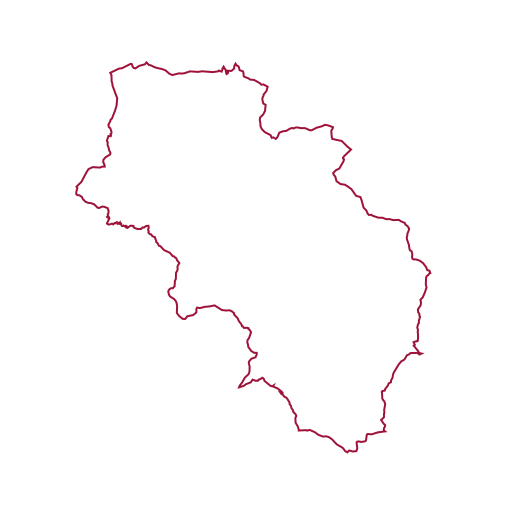 the district of Vama Buzaului, Brasov, Romania, rotated 353°
{"feature_id": "2599482B50417013546573", "entity_name": "Vama Buzaului", "entity_type": "district", "adm_level": 2, "iso_a3": "ROU", "parent_name": "Romania", "parent_adm1": "Brasov", "projection": "albers", "projection_center": [25.997, 45.566], "detail": "fine", "context": "isolated", "style": "outline", "palette": "rose", "viewbox_px": 512, "rotation_deg": 353, "n_neighbors": 0, "source": "geoboundaries", "source_scale": "gbopen_adm2", "svg_char_len": 6073}
<svg xmlns="http://www.w3.org/2000/svg" viewBox="0 0 512 512"><g transform="rotate(353 256 256)"><path d="M374.6,397.7L374.8,396.1L376.7,393.4L377.5,390.5L378.6,388.4L384.6,380.8L387.7,378.0L389.5,377.5L391.0,376.5L393.7,372.9L395.9,372.3L397.4,371.2L404.4,371.8L406.2,373.7L408.4,373.0L405.9,372.1L405.5,370.3L401.6,364.2L402.8,363.5L401.9,360.7L404.5,360.1L405.2,360.4L406.3,359.9L406.2,359.3L406.8,357.7L407.3,353.1L407.2,351.1L407.8,349.3L407.3,346.7L408.5,343.5L409.5,342.4L409.7,340.3L411.4,336.3L410.9,335.2L411.1,333.2L410.1,331.6L410.2,328.7L413.2,325.2L413.8,323.9L414.1,321.3L413.8,319.6L416.5,317.3L419.1,312.9L421.4,308.1L421.1,304.7L422.2,298.2L423.0,296.7L424.7,295.9L426.0,294.4L426.9,294.2L426.4,291.7L424.3,290.9L423.5,287.8L421.0,283.5L418.1,280.7L414.4,278.9L411.7,278.5L411.0,277.8L410.7,276.2L411.3,273.9L411.3,272.1L410.9,270.1L409.6,269.1L409.2,268.0L409.1,263.4L407.9,258.1L407.9,255.7L408.7,254.1L408.9,252.5L410.9,248.9L411.3,247.4L410.0,244.8L408.2,243.1L407.7,241.3L404.0,239.2L402.3,237.6L396.5,237.1L393.0,235.6L389.9,235.4L386.1,233.4L382.2,232.9L376.7,230.3L375.5,229.2L373.0,229.0L371.9,227.3L371.1,224.3L368.7,221.2L367.6,213.6L366.8,210.2L362.7,208.5L358.8,201.2L355.1,197.8L352.8,196.0L348.6,194.9L345.0,191.5L344.4,186.9L342.9,184.6L342.7,183.1L345.6,180.7L349.4,179.3L354.5,172.5L355.1,170.7L354.2,169.7L354.4,169.0L355.6,167.7L363.3,161.9L360.1,158.6L355.1,152.3L346.0,149.1L345.7,147.1L345.9,141.7L346.2,140.5L347.6,138.9L348.1,137.5L342.9,134.9L340.1,134.2L337.7,135.2L331.6,136.1L326.9,137.9L325.1,137.9L320.3,135.1L315.9,134.5L313.1,133.5L310.9,133.3L308.8,134.0L307.8,133.3L305.0,133.8L301.3,135.5L297.9,135.5L294.2,136.4L291.7,140.7L289.9,142.2L287.7,140.4L286.0,140.6L285.2,137.8L279.8,134.1L277.3,130.8L276.3,128.1L276.5,124.6L276.3,121.4L277.0,119.0L280.4,116.4L282.6,113.1L284.0,107.2L281.8,105.5L281.4,102.2L281.5,100.2L283.1,97.6L283.2,96.7L286.5,93.5L288.2,89.4L284.4,86.7L282.1,86.6L281.1,85.1L275.7,81.1L271.5,80.1L270.2,78.8L266.3,76.7L265.8,76.1L265.8,71.9L265.4,71.0L262.4,69.6L261.9,66.1L261.2,65.1L260.2,64.7L259.1,62.6L257.6,64.8L257.2,67.2L254.9,68.9L253.6,69.3L250.5,68.6L250.7,70.7L249.1,71.9L248.8,71.6L248.5,67.5L246.9,64.1L245.7,65.7L246.0,65.9L244.3,68.8L241.8,67.4L240.9,68.1L235.4,68.2L225.0,66.1L220.9,66.2L213.0,64.7L207.0,65.9L203.7,65.8L202.0,65.3L195.1,66.2L192.4,64.7L188.9,60.8L185.8,59.1L180.6,57.3L177.4,55.7L175.4,54.2L173.0,53.3L170.9,50.5L169.1,52.2L163.4,53.0L159.0,55.1L157.5,54.4L156.5,52.6L156.2,50.5L155.1,50.0L145.9,53.3L142.9,53.3L133.7,56.4L134.6,58.9L134.0,64.9L134.5,68.0L134.3,69.2L137.5,82.6L135.8,90.1L133.8,94.5L129.8,102.0L128.4,102.9L127.7,104.6L125.5,107.7L125.7,110.1L127.0,111.6L127.7,115.5L127.3,116.8L126.4,117.3L126.8,118.8L126.4,119.4L124.1,119.0L122.0,123.5L122.7,124.8L122.2,127.6L123.0,131.2L123.0,132.9L124.1,135.7L123.7,137.4L118.6,139.7L116.3,141.9L115.8,144.2L116.8,147.5L116.8,148.8L114.5,148.6L111.9,149.2L104.6,147.9L100.3,149.4L98.2,151.9L91.7,161.2L86.3,165.3L87.0,166.7L85.5,170.4L85.1,172.6L86.0,173.7L88.4,174.4L90.1,176.0L90.6,176.5L91.0,178.3L93.4,181.4L95.9,182.8L98.9,183.5L101.7,185.0L104.8,188.9L106.3,189.2L108.9,188.3L110.7,188.4L114.5,190.3L115.2,193.5L114.6,195.9L113.9,196.5L114.1,198.4L112.9,199.1L113.2,199.6L114.7,199.7L114.6,200.6L115.0,200.8L112.0,205.6L112.6,206.3L114.1,206.9L116.8,206.4L117.7,206.6L118.1,207.2L119.6,206.1L120.9,206.5L121.1,205.9L122.1,205.4L123.0,206.3L123.0,207.0L124.0,206.5L123.7,207.0L124.1,207.5L125.7,206.9L126.1,207.5L125.9,208.3L126.5,209.8L127.3,210.1L128.2,209.6L129.2,210.5L130.6,210.1L131.2,210.7L130.5,211.7L131.7,212.5L135.2,210.6L138.0,211.2L137.8,212.0L138.6,213.2L141.8,214.8L145.1,215.2L146.8,213.8L148.1,214.2L150.6,212.8L152.9,212.9L153.0,214.9L152.1,216.5L152.5,218.4L152.1,219.1L152.2,220.0L153.4,221.4L154.6,221.8L155.6,223.8L158.1,225.1L158.1,226.3L158.8,228.8L158.7,230.0L159.6,230.8L160.9,234.0L162.3,234.6L165.5,239.0L170.9,242.3L173.2,245.9L174.9,246.6L175.2,247.4L176.6,248.5L177.2,250.8L178.8,253.1L179.0,253.9L177.3,255.8L176.7,257.0L176.7,259.2L176.1,260.9L174.5,263.0L173.8,268.2L173.4,269.5L172.5,270.7L171.5,276.1L169.4,277.9L168.0,277.6L166.4,278.2L165.1,279.5L164.6,280.6L164.9,283.8L165.7,285.6L169.5,288.8L170.8,290.8L171.4,292.6L171.6,296.1L170.5,302.8L172.1,305.8L175.5,309.4L177.9,309.9L179.5,308.6L180.0,307.7L180.8,307.4L186.4,307.0L189.7,304.9L190.1,304.0L190.3,301.4L191.3,300.0L194.0,300.9L198.7,300.2L203.1,300.4L208.9,300.0L215.6,305.5L219.8,306.5L223.0,306.6L225.2,307.9L227.3,310.1L227.0,310.8L227.3,311.7L230.2,315.5L231.1,318.6L233.1,321.9L233.6,324.0L234.1,324.0L235.3,325.9L238.7,326.2L239.7,326.8L239.4,327.2L240.8,328.8L241.8,331.1L239.2,336.4L237.4,338.4L236.8,340.7L237.2,342.5L237.3,345.4L239.7,349.7L242.3,351.8L244.9,352.2L244.7,353.9L243.1,356.5L238.9,357.4L236.3,359.8L235.8,360.9L236.2,365.1L235.5,369.6L234.9,371.3L234.2,372.4L230.0,375.5L227.0,379.7L224.0,382.7L223.2,384.3L228.0,383.4L230.4,382.0L235.3,380.8L237.6,378.3L240.7,379.9L242.0,380.0L243.2,379.8L243.4,379.1L246.5,378.3L247.3,377.6L248.0,378.0L248.9,379.2L249.2,380.9L254.6,386.7L256.3,387.3L257.5,386.7L256.9,387.6L261.4,390.1L265.0,393.9L265.8,395.3L265.4,395.9L263.8,394.9L264.4,396.0L266.0,397.4L267.1,399.3L268.7,400.1L269.6,401.5L271.5,405.6L271.3,407.2L272.4,408.9L272.7,411.4L274.0,413.8L273.9,415.1L275.9,417.7L276.4,419.1L276.3,420.1L275.3,421.6L275.0,426.4L276.6,429.9L277.4,433.8L277.2,434.4L284.6,435.0L285.6,435.6L287.1,435.2L288.5,435.4L293.0,438.1L296.1,441.1L300.5,443.4L303.6,443.5L306.2,444.6L309.0,447.1L313.2,452.8L318.0,456.4L319.1,457.6L320.7,460.4L322.7,462.0L324.9,460.4L328.1,461.8L331.8,461.9L333.1,459.3L333.1,453.4L333.6,452.7L334.9,452.5L338.2,453.4L342.0,453.2L342.8,452.1L344.2,446.9L345.0,446.3L349.2,447.1L355.3,445.9L362.7,445.8L361.6,444.7L361.9,442.8L363.4,440.6L363.6,439.5L362.3,438.1L360.2,434.0L363.3,431.7L363.9,427.8L364.4,427.1L364.4,424.5L366.2,418.8L365.7,416.0L364.3,413.9L364.0,412.8L364.4,407.3L364.2,406.3L365.1,405.4L367.4,405.3L368.2,403.5L371.0,400.8L372.2,398.6L374.6,397.7Z" fill="none" stroke="#9f1239" stroke-width="2"/></g></svg>